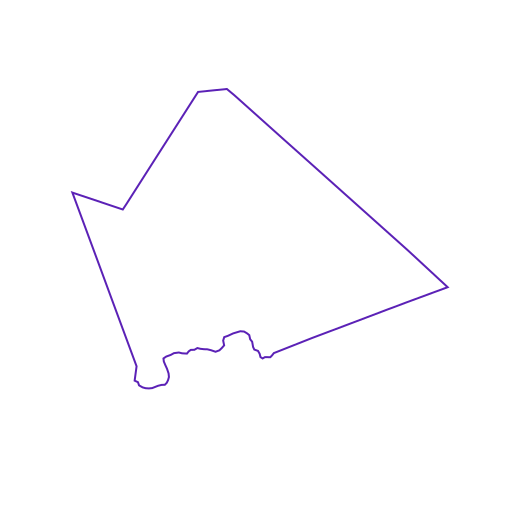 the district of São Benedito do Rio Preto, Maranhão, Brazil, rotated 284°
{"feature_id": "56859067B52035287226996", "entity_name": "São Benedito do Rio Preto", "entity_type": "district", "adm_level": 2, "iso_a3": "BRA", "parent_name": "Brazil", "parent_adm1": "Maranhão", "projection": "mercator", "projection_center": [-43.709, -3.395], "detail": "fine", "context": "isolated", "style": "outline", "palette": "violet", "viewbox_px": 512, "rotation_deg": 284, "n_neighbors": 0, "source": "geoboundaries", "source_scale": "gbopen_adm2", "svg_char_len": 1124}
<svg xmlns="http://www.w3.org/2000/svg" viewBox="0 0 512 512"><g transform="rotate(284 256 256)"><path d="M273.1,62.5L209.2,106.1L184.5,122.9L179.2,126.5L120.1,166.8L105.7,168.4L105.0,172.0L102.2,173.8L101.1,177.7L101.0,180.8L101.6,184.1L102.7,187.2L106.4,192.4L108.1,195.6L109.0,198.7L111.4,200.1L114.3,200.7L117.5,200.8L120.9,199.6L125.1,196.9L128.1,194.5L131.3,192.1L134.2,191.0L136.7,193.2L139.4,197.2L141.9,199.9L143.7,204.5L143.7,207.8L144.6,212.6L147.2,213.8L149.1,215.4L150.1,218.9L152.5,221.4L152.5,224.5L153.0,228.2L153.7,231.4L153.7,235.2L153.3,239.9L155.6,243.3L158.3,245.0L161.6,246.7L166.0,244.6L169.6,244.8L171.7,248.0L175.4,252.6L177.3,255.8L179.2,259.0L179.8,262.7L178.8,266.0L177.6,268.6L173.8,270.5L171.9,273.0L167.0,275.2L164.8,277.0L164.4,280.9L162.0,283.2L159.0,284.8L158.2,287.2L160.0,289.1L161.3,294.4L163.6,295.7L166.1,296.8L189.9,330.1L213.6,364.4L236.1,396.8L239.0,401.1L247.1,412.8L272.1,449.5L298.0,402.4L328.8,344.0L358.8,287.1L375.6,255.1L400.1,208.7L406.8,196.0L411.0,187.3L401.2,160.1L324.3,134.2L275.1,117.7L268.9,115.5L273.1,62.5Z" fill="none" stroke="#5b21b6" stroke-width="2"/></g></svg>